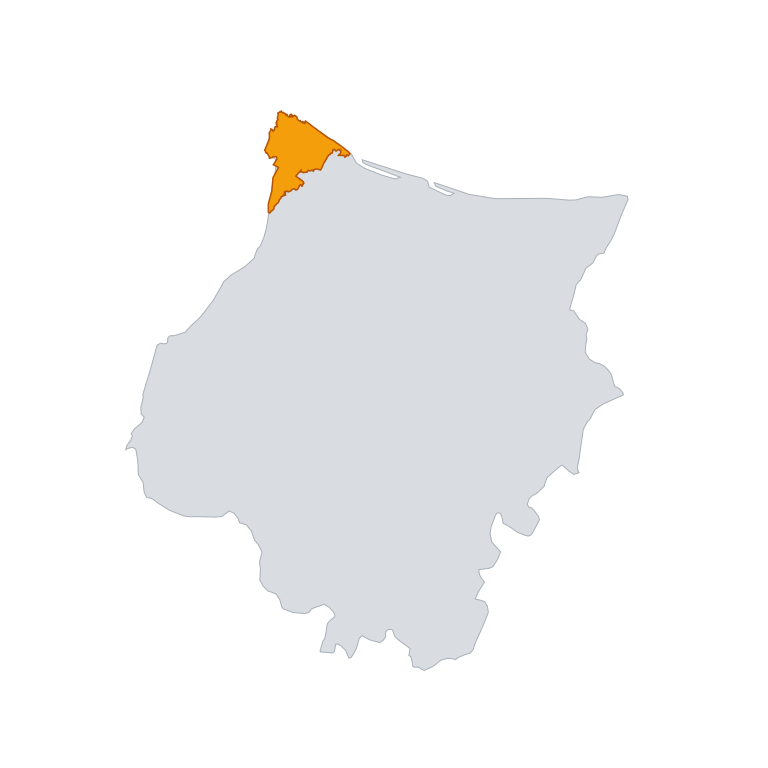 Sud-Comoe, Sud-Comoé, Ivory Coast (highlighted), rotated 204°
{"feature_id": "98640826B87421109468433", "entity_name": "Sud-Comoe", "entity_type": "district", "adm_level": 2, "iso_a3": "CIV", "parent_name": "Ivory Coast", "parent_adm1": "Sud-Comoé", "projection": "natural_earth1", "projection_center": [-3.37, 5.661], "detail": "fine", "context": "in_parent", "style": "filled", "palette": "amber", "viewbox_px": 768, "rotation_deg": 204, "n_neighbors": 0, "source": "geoboundaries", "source_scale": "gbopen_adm2", "svg_char_len": 9534}
<svg xmlns="http://www.w3.org/2000/svg" viewBox="0 0 768 768"><g transform="rotate(204 384 384)"><path d="M206.7,161.2L208.9,161.1L214.5,159.2L219.6,154.9L224.4,145.9L230.8,138.6L238.0,139.2L240.2,137.9L242.7,137.6L245.7,142.3L248.8,146.0L250.9,146.1L252.5,152.9L265.7,155.8L271.4,157.7L276.1,162.7L277.7,162.8L279.8,161.7L281.3,160.0L281.6,158.1L279.6,153.6L280.5,149.5L282.7,145.9L286.1,145.6L291.2,144.6L297.1,144.6L301.4,145.3L303.2,141.6L301.6,131.5L302.0,125.9L302.7,121.1L304.4,119.2L310.9,125.1L316.8,127.3L321.1,127.5L322.3,126.3L320.5,119.8L321.0,117.9L322.6,116.8L325.4,116.1L333.0,113.4L333.8,114.0L335.2,124.2L334.6,127.5L336.2,134.5L338.1,141.0L338.0,143.6L336.3,147.6L334.4,151.2L334.6,152.7L337.6,155.2L343.4,157.8L349.5,158.4L352.8,154.7L356.3,151.6L358.8,148.9L359.6,144.8L363.4,141.9L374.3,138.2L384.4,137.6L386.8,138.8L391.3,144.4L397.1,148.3L405.9,147.8L412.2,150.1L417.7,154.4L421.4,164.1L425.4,171.0L427.1,180.9L433.5,186.1L438.5,188.5L445.2,195.6L452.3,199.3L459.5,198.5L462.9,202.2L468.3,204.9L473.7,205.1L478.4,196.8L484.7,193.5L500.6,186.9L506.9,183.9L513.2,182.0L528.5,181.4L542.8,183.4L549.8,185.0L554.6,183.8L559.2,187.8L564.0,196.0L567.9,198.7L571.8,201.5L574.8,208.0L578.2,214.5L580.1,217.4L584.4,223.7L588.0,223.8L591.6,221.1L593.2,219.0L593.9,223.2L592.5,230.1L592.8,234.3L594.8,235.9L593.7,241.3L589.5,250.6L589.5,256.1L593.6,257.8L596.6,263.6L598.4,273.5L600.2,276.9L600.4,278.9L603.4,303.0L607.1,327.1L604.8,330.3L601.5,331.2L599.4,332.3L598.8,334.6L600.2,337.9L599.3,340.9L595.2,342.9L586.4,350.6L585.8,353.7L583.4,360.2L581.5,364.2L578.6,371.6L574.0,391.1L572.3,407.4L572.1,412.3L570.3,415.8L568.3,420.9L558.7,434.8L553.8,446.1L554.4,451.0L554.6,456.0L553.2,459.6L553.4,469.2L554.6,477.2L556.4,485.1L563.3,507.4L566.9,520.9L569.2,531.8L571.2,539.1L573.0,542.1L573.8,544.9L584.1,547.0L586.2,548.6L589.0,562.8L588.5,569.2L586.5,571.6L586.5,577.1L586.1,583.8L584.6,586.5L578.8,586.9L574.8,589.4L569.7,588.4L569.2,586.7L566.4,586.1L558.7,582.3L560.0,569.9L556.4,569.4L553.6,571.0L548.2,585.9L545.6,588.4L507.3,580.8L499.0,574.6L489.0,573.2L471.6,573.9L457.3,575.8L453.2,579.5L489.4,577.3L493.3,577.7L495.1,580.0L449.3,584.9L431.9,587.8L426.7,587.0L422.8,582.2L403.9,581.7L400.0,583.2L397.6,586.7L405.1,585.9L416.9,585.7L420.0,588.4L383.2,591.9L357.6,598.6L346.8,603.5L311.1,619.7L289.3,627.4L283.6,630.2L273.7,638.1L261.0,643.1L246.7,652.5L238.0,654.6L236.1,651.6L235.9,635.8L234.7,614.7L235.2,606.6L236.3,599.0L236.4,592.7L240.7,590.3L241.9,587.6L242.5,579.4L246.6,572.0L246.7,558.9L247.9,556.2L248.8,552.8L247.1,544.2L244.9,528.1L243.8,527.0L242.8,527.7L240.5,528.0L231.6,522.5L224.7,521.5L219.8,516.7L219.5,511.3L217.2,508.1L215.6,501.9L213.1,494.7L206.4,490.3L200.0,489.3L195.4,490.2L190.1,490.0L184.0,487.5L179.8,484.8L175.8,479.6L172.1,475.4L169.1,475.9L165.5,474.9L162.0,473.0L160.9,471.5L175.7,454.8L180.8,446.6L181.3,441.6L181.4,436.5L183.0,431.4L183.5,423.5L175.3,394.8L173.3,385.9L171.1,383.3L169.7,382.3L173.8,378.6L179.6,379.6L188.3,382.5L190.2,379.6L196.9,365.1L196.7,359.8L196.1,356.1L200.0,346.2L203.1,342.3L204.7,338.2L204.2,332.5L201.9,330.4L198.8,330.8L195.2,329.4L189.6,326.2L186.7,323.3L187.6,310.2L188.2,306.1L190.2,303.8L193.3,303.2L201.9,302.8L208.9,304.3L215.1,305.1L218.4,305.1L221.0,309.0L224.6,313.0L227.7,312.9L228.8,310.0L228.1,297.1L226.1,290.2L221.4,283.6L209.2,278.0L208.9,270.1L210.2,261.6L212.8,258.5L221.9,253.0L220.3,250.1L217.4,247.0L211.7,243.9L213.1,233.7L213.4,224.6L208.5,225.6L203.5,226.1L199.3,223.3L195.8,217.8L195.2,202.6L195.3,185.0L194.6,177.2L196.0,173.1L200.3,169.3L205.0,164.3L206.7,161.2ZM564.7,588.6L562.7,592.0L553.0,589.8L555.3,587.0L564.7,588.6Z" fill="#d9dde1" stroke="#a8b0b8" stroke-width="1"/><path d="M508.7,580.7L510.0,581.2L511.3,581.8L512.5,582.1L514.9,582.6L515.1,582.6L515.5,582.9L524.6,584.9L526.5,585.2L528.2,585.7L529.6,585.9L532.0,585.8L533.2,586.0L534.1,586.2L535.5,586.2L536.2,586.5L536.9,586.5L537.8,586.8L539.0,587.0L543.5,588.0L544.0,587.9L545.1,588.4L545.7,588.5L546.5,588.5L549.7,589.4L550.6,589.7L550.9,589.6L552.1,589.8L553.3,590.1L554.5,590.3L555.3,590.6L559.1,591.5L562.7,592.3L562.5,591.2L562.4,590.7L562.3,590.2L562.6,590.1L562.9,590.2L563.0,590.1L563.1,589.9L562.9,589.9L562.9,589.7L563.2,589.8L563.6,590.2L563.7,589.9L563.9,589.9L563.8,590.4L564.2,590.4L564.4,589.9L564.5,590.1L564.9,590.1L564.8,590.5L565.4,590.5L565.6,590.3L565.7,590.0L566.0,589.7L566.2,589.8L566.5,590.0L567.0,590.1L567.3,590.3L567.3,590.0L567.6,590.0L567.9,590.2L568.1,590.0L568.5,590.2L569.3,590.0L569.5,590.2L570.5,590.5L571.3,591.3L571.7,591.9L572.5,592.7L573.5,592.8L574.8,593.2L575.2,592.3L576.3,592.1L576.3,591.8L576.1,591.1L576.2,590.8L576.5,590.7L576.9,590.8L577.2,591.7L577.2,591.9L577.5,592.3L577.8,592.3L577.9,592.5L578.4,592.7L578.6,592.7L578.8,592.5L579.0,592.2L579.4,591.4L579.4,590.7L579.0,590.2L578.6,590.3L577.9,590.6L577.9,590.3L578.1,589.9L578.3,589.9L578.7,589.7L578.9,589.5L579.7,589.3L580.4,589.3L580.9,589.7L581.3,589.8L581.7,590.5L582.1,590.8L582.3,590.9L582.5,590.9L582.7,590.7L582.9,590.4L583.0,589.8L583.7,590.2L583.9,590.5L584.2,590.7L584.4,590.8L584.8,590.9L585.2,590.8L586.3,591.1L586.6,590.7L587.0,590.6L587.4,590.5L587.8,590.8L588.1,590.9L588.3,591.3L588.8,591.6L589.0,590.6L589.2,590.3L589.8,590.4L590.1,589.6L590.5,589.0L590.9,588.9L591.2,588.4L590.9,587.8L590.5,587.5L590.1,586.9L590.0,586.3L590.0,585.3L589.3,582.9L588.7,582.8L588.4,582.3L588.8,581.2L588.9,580.6L588.6,579.9L588.8,579.4L588.8,578.6L588.5,578.3L587.5,578.0L587.9,577.5L587.8,577.1L586.9,576.4L586.5,575.9L586.3,575.9L586.1,575.5L586.7,575.3L587.4,575.2L587.8,574.9L588.1,574.5L588.2,574.0L588.1,573.3L587.6,572.0L587.5,571.2L587.6,570.9L587.8,570.4L588.3,569.9L589.1,570.8L591.1,571.0L590.6,569.7L591.0,566.7L588.5,561.7L588.1,550.2L588.2,549.0L587.4,548.8L586.1,547.3L585.9,547.4L585.1,547.5L585.0,547.1L584.1,546.9L581.2,545.0L581.0,544.4L580.6,543.6L580.3,543.6L580.0,544.0L579.6,544.5L578.3,545.2L577.9,546.5L577.1,546.6L575.5,547.7L574.4,547.6L573.2,546.0L574.3,539.3L568.4,538.9L569.4,527.5L565.0,514.7L562.9,501.4L559.5,493.9L558.1,493.7L557.5,494.4L557.5,495.5L557.6,495.8L557.5,496.1L557.0,496.8L556.8,496.9L556.5,497.1L556.2,497.9L555.9,499.4L556.0,499.9L556.3,500.4L556.4,500.9L556.6,501.4L556.6,501.6L556.4,502.2L556.3,502.3L555.9,502.7L555.9,503.1L555.7,503.5L555.6,504.0L555.4,504.2L555.4,505.0L555.1,505.4L554.9,505.8L554.6,506.1L554.4,506.8L554.4,507.2L554.3,507.3L554.4,507.6L554.4,508.2L554.4,508.4L554.3,508.9L554.5,509.2L554.5,509.3L554.4,509.4L554.4,509.6L554.5,510.0L554.3,510.5L554.2,510.9L553.9,511.2L553.9,511.3L553.8,511.8L553.8,512.3L553.9,512.7L554.1,512.9L554.1,513.1L553.8,513.2L553.6,513.7L553.5,514.1L553.4,514.0L553.1,514.0L552.7,515.1L552.7,515.5L552.6,515.4L552.3,515.2L552.2,515.3L552.1,515.7L551.6,515.8L551.2,516.1L550.9,516.4L551.1,516.5L551.2,516.9L551.4,517.1L551.4,517.4L551.5,517.5L551.6,517.4L551.9,517.5L552.0,517.6L551.8,517.6L551.5,517.9L551.6,518.1L551.7,518.3L552.0,518.5L552.2,518.2L552.3,518.2L552.2,518.4L552.4,518.5L552.5,518.9L552.9,519.2L552.5,519.5L552.4,520.0L552.2,520.2L551.7,520.1L551.6,520.3L551.3,520.5L550.7,520.9L550.3,520.9L550.1,520.8L549.9,520.5L549.6,520.5L549.4,520.7L549.2,520.9L549.1,521.2L548.8,521.4L548.3,521.6L548.1,522.0L547.5,522.7L547.4,523.4L547.5,523.8L547.4,524.1L546.9,524.5L546.5,524.8L546.3,525.1L545.9,525.4L545.6,525.8L545.1,525.9L544.5,525.6L544.0,525.7L543.5,525.3L542.9,525.6L542.6,526.2L542.2,526.7L542.2,527.0L542.0,527.4L542.0,529.0L541.9,529.9L542.0,530.5L541.8,531.2L541.6,531.6L541.6,531.9L541.2,532.0L540.9,531.8L540.8,531.7L540.6,531.6L540.2,531.7L539.9,531.4L539.6,531.2L539.4,531.3L539.3,531.5L539.1,531.9L539.3,532.4L539.5,532.4L539.7,532.6L539.8,533.2L539.8,533.3L539.3,533.7L539.1,533.7L539.0,533.8L539.1,534.2L539.0,534.3L539.1,534.6L538.9,535.0L539.0,535.1L539.4,535.3L539.5,535.4L539.8,535.9L540.0,536.0L540.4,535.9L541.3,536.4L542.1,536.7L543.0,536.7L543.4,536.9L543.8,536.6L543.9,537.0L549.1,538.0L547.4,543.6L547.2,543.4L546.9,543.4L546.3,544.1L546.7,544.9L546.7,545.5L546.4,545.2L546.2,544.9L545.1,544.2L544.3,544.5L544.1,544.4L543.7,544.5L543.4,544.3L542.0,545.5L541.6,545.6L541.4,545.7L541.1,545.8L540.6,546.0L540.4,546.4L540.6,546.8L540.4,547.2L540.3,547.7L540.0,548.0L539.9,548.5L538.8,548.4L538.6,548.5L538.3,548.6L538.0,548.7L537.5,549.2L537.0,549.9L535.6,549.7L535.0,549.8L535.1,550.3L535.4,550.7L535.6,551.1L532.7,553.2L532.3,553.3L531.2,553.3L530.8,553.4L529.9,553.6L529.1,553.6L529.0,553.8L528.9,554.6L528.7,557.4L528.8,558.1L528.7,559.3L528.9,560.1L528.9,561.1L528.9,561.6L528.7,562.0L528.5,562.5L528.5,563.2L528.3,563.5L528.5,563.8L528.4,564.2L528.5,564.5L528.4,565.1L528.3,565.5L528.1,565.6L528.2,566.1L528.2,566.4L528.0,566.7L528.1,567.2L528.1,567.6L528.2,568.0L528.1,568.4L527.9,568.8L527.8,569.3L527.6,569.8L527.6,570.1L527.9,570.4L527.9,570.6L527.7,570.8L527.3,571.0L527.1,571.2L526.7,571.5L526.5,571.9L526.6,572.3L526.5,572.9L526.1,573.7L525.7,573.7L525.5,574.2L525.3,574.1L525.3,574.5L525.5,575.2L525.4,575.6L525.5,576.0L525.8,576.5L526.0,576.9L525.9,577.0L525.6,577.3L525.0,578.0L524.7,578.2L524.2,578.1L523.8,577.7L523.4,577.4L522.9,577.3L522.4,577.4L522.2,577.5L521.9,577.9L521.6,578.5L521.5,579.2L521.2,579.6L521.0,579.8L520.5,580.0L519.5,579.4L519.3,579.4L519.0,579.5L518.7,579.7L518.6,579.9L518.5,579.4L518.1,578.5L517.8,578.2L517.7,577.9L517.8,577.3L517.8,576.5L517.9,576.2L518.3,575.5L518.5,575.0L518.6,574.3L513.5,576.5L512.1,575.3L511.2,576.4L511.1,576.6L511.1,577.0L511.4,577.4L511.4,578.0L511.1,578.2L509.5,578.0L508.7,580.2L508.7,580.7Z" fill="#f59e0b" stroke="#b45309" stroke-width="1.5"/></g></svg>